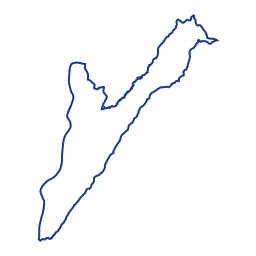 outline of Nariño, Cundinamarca, Colombia
{"feature_id": "7082276B15133732541467", "entity_name": "Nariño", "entity_type": "district", "adm_level": 2, "iso_a3": "COL", "parent_name": "Colombia", "parent_adm1": "Cundinamarca", "projection": "natural_earth1", "projection_center": [-74.789, 4.405], "detail": "fine", "context": "isolated", "style": "outline", "palette": "blue", "viewbox_px": 256, "rotation_deg": 0, "n_neighbors": 0, "source": "geoboundaries", "source_scale": "gbopen_adm2", "svg_char_len": 5613}
<svg xmlns="http://www.w3.org/2000/svg" viewBox="0 0 256 256"><path d="M193.7,15.4L191.5,16.9L191.2,17.3L191.1,18.0L191.0,19.5L190.6,20.1L190.1,20.5L189.3,20.5L188.3,20.0L187.5,19.9L186.8,20.0L184.4,22.0L183.1,22.8L182.0,22.4L180.4,20.9L179.3,20.5L179.2,20.2L178.6,19.7L177.9,19.6L177.5,19.8L176.6,21.2L176.5,21.5L176.6,23.0L176.9,23.8L176.9,24.6L175.9,26.5L175.8,28.0L173.1,30.6L172.7,31.2L172.5,32.1L172.1,32.8L169.5,34.2L168.8,35.8L168.0,36.7L166.5,37.2L166.1,37.5L164.9,39.8L163.8,41.1L163.1,42.5L161.1,44.2L158.3,47.7L157.9,50.4L158.0,52.8L157.8,54.8L157.4,56.1L156.7,56.8L156.6,57.5L156.3,58.1L155.9,58.2L155.2,58.1L154.4,58.9L153.5,59.4L152.8,60.7L152.8,62.0L151.7,63.6L150.3,64.8L149.4,65.0L149.7,65.6L149.1,65.9L148.6,66.9L148.0,67.6L148.0,70.0L147.6,70.7L147.4,71.4L147.6,72.4L147.2,72.8L146.4,72.9L145.9,73.3L144.7,74.8L144.5,75.0L142.9,75.1L142.1,75.9L141.9,77.4L141.4,77.9L141.1,77.8L141.0,77.1L140.6,77.0L140.4,77.3L140.3,78.2L140.2,78.4L139.7,77.4L139.1,77.4L138.8,78.2L138.6,78.5L138.4,78.4L138.0,77.7L137.5,77.7L137.4,78.2L137.5,79.0L137.3,79.4L136.3,79.8L135.8,80.9L135.4,81.3L135.0,81.5L134.8,82.1L133.6,82.3L132.9,83.2L132.7,83.8L132.8,84.1L133.6,85.3L133.3,85.5L133.1,86.2L132.5,86.3L132.1,86.5L132.1,88.0L131.9,88.6L131.5,88.8L130.7,88.6L130.7,89.0L130.7,89.5L129.8,90.8L129.0,91.0L128.7,91.7L128.5,92.0L128.2,92.0L127.8,91.6L127.3,91.7L127.0,92.1L127.2,92.8L126.1,93.5L126.1,94.5L125.8,94.7L125.2,94.5L124.8,94.6L124.7,95.0L125.0,95.4L125.0,95.7L124.8,96.2L124.7,97.3L124.3,97.9L123.9,97.9L123.2,97.4L122.5,97.6L122.1,98.3L121.5,98.5L121.3,98.7L120.4,100.3L120.2,100.3L119.7,99.9L119.4,100.0L118.7,101.5L118.0,101.8L117.7,102.1L117.5,103.7L116.9,103.8L116.6,104.0L116.6,104.9L115.8,106.1L113.2,106.7L112.6,106.5L112.2,106.0L111.8,106.0L110.4,107.3L110.0,107.9L109.5,107.7L108.9,107.1L108.3,107.7L107.9,108.0L107.0,108.0L106.5,108.2L105.8,108.3L105.3,108.1L104.7,107.5L104.5,108.3L104.4,108.5L102.1,109.4L101.8,109.4L102.0,108.4L102.0,107.3L102.6,106.6L102.7,105.8L103.3,104.5L103.4,103.7L103.7,103.0L104.6,102.1L105.4,100.0L106.2,99.1L106.9,96.4L103.8,92.6L103.5,91.4L103.4,90.4L103.9,87.9L103.9,87.1L103.3,86.9L101.5,87.2L100.0,87.8L99.2,87.6L98.5,88.1L97.8,89.1L97.4,89.3L96.3,89.1L94.2,88.3L94.0,87.5L94.1,87.0L94.6,86.1L94.5,84.4L92.7,83.1L90.8,81.0L88.9,79.8L87.9,79.7L87.8,79.0L88.1,77.5L88.0,76.5L88.2,76.0L88.1,75.0L87.8,73.6L87.0,71.8L85.3,69.2L85.0,68.6L84.9,67.0L85.2,64.0L83.2,63.8L80.9,63.2L76.8,62.5L74.8,62.8L72.9,63.3L71.8,63.7L71.5,64.1L69.9,67.1L69.0,77.5L68.9,82.3L69.6,85.2L69.7,86.3L71.3,92.3L72.3,93.3L72.8,94.4L73.3,96.3L73.3,98.1L73.2,99.1L70.9,105.8L68.0,112.1L67.2,115.7L67.2,117.0L67.8,118.1L69.0,119.8L70.2,122.2L70.7,124.9L70.5,127.3L69.0,130.1L65.8,134.5L64.5,137.3L63.6,140.2L63.2,143.0L62.3,151.6L62.0,156.3L62.0,160.4L61.7,163.5L60.4,168.7L59.4,170.8L55.8,175.5L53.8,177.2L52.4,178.2L50.4,179.1L47.1,181.1L43.1,185.3L41.8,187.2L40.8,189.2L40.4,191.6L41.1,194.1L44.2,201.1L44.2,203.2L43.5,209.5L42.8,213.0L41.6,216.8L39.7,224.7L39.2,227.8L39.3,231.3L39.2,237.1L38.8,239.4L40.4,240.6L40.8,240.6L41.7,239.4L43.0,239.0L44.2,239.5L44.8,239.5L45.3,239.3L46.1,238.3L46.7,237.9L47.7,238.1L48.5,238.0L49.4,238.9L50.6,238.5L51.4,238.5L51.9,237.2L53.0,236.5L53.4,235.3L53.7,234.8L54.4,234.7L55.7,232.9L55.9,232.4L56.3,232.0L57.5,231.5L58.1,231.0L58.3,230.3L59.0,229.8L59.2,228.9L60.0,228.3L60.2,227.3L60.9,226.4L61.6,224.5L62.5,223.8L63.3,223.1L64.2,221.8L64.7,220.7L65.8,219.4L65.8,218.5L66.3,217.4L67.1,215.8L68.0,214.7L69.0,212.4L71.4,209.6L73.7,206.3L74.0,205.6L76.7,202.8L77.2,202.1L77.5,201.5L78.4,200.9L78.8,200.2L80.3,197.9L85.0,193.1L85.6,191.9L86.1,190.2L87.0,189.3L88.1,188.7L89.3,188.8L89.9,188.5L90.4,187.9L91.2,186.4L91.2,185.5L91.6,184.6L92.7,183.6L93.4,182.4L94.0,180.6L94.1,177.7L95.4,176.5L99.3,174.9L100.7,173.2L102.3,172.2L103.6,170.3L104.2,169.1L104.8,167.9L105.3,164.1L105.9,162.8L106.6,162.2L106.6,161.6L106.9,160.8L109.2,157.1L109.7,155.8L111.3,154.2L113.4,153.1L113.3,151.6L114.5,148.7L117.4,144.0L119.4,141.4L120.1,139.8L120.9,136.9L121.8,135.0L122.3,134.5L123.8,133.5L124.3,132.8L127.9,129.7L128.6,126.7L128.8,125.5L130.7,123.8L132.2,122.7L133.0,121.6L134.2,118.6L134.5,118.2L136.6,117.0L137.1,115.6L137.5,114.9L137.9,113.8L138.6,112.7L138.7,110.9L140.2,108.0L141.3,106.8L142.5,106.3L143.4,105.5L144.4,104.5L146.1,101.9L146.8,100.5L146.8,99.9L147.0,99.4L148.2,98.9L148.8,98.8L149.3,98.3L149.5,97.3L149.7,95.8L150.1,94.9L150.9,93.7L152.0,92.8L154.7,91.3L158.1,88.8L160.8,87.3L162.9,87.3L166.3,86.8L167.3,86.8L168.8,87.3L169.1,87.1L170.8,85.7L171.8,84.0L172.1,83.7L172.8,83.6L173.8,82.9L174.5,82.8L175.2,82.5L175.7,81.4L176.2,81.2L178.1,80.7L178.8,81.0L178.8,79.9L179.0,79.3L179.2,78.1L181.8,75.9L182.8,75.6L183.6,75.5L183.8,75.3L183.8,73.9L183.4,71.9L184.5,70.2L185.5,69.8L185.8,69.8L186.6,68.8L187.7,66.2L187.7,65.3L188.7,61.7L189.3,60.1L190.0,56.6L189.8,55.5L189.6,52.5L189.6,51.8L189.9,50.7L190.6,49.8L191.5,49.1L191.9,48.8L193.0,48.4L194.3,47.2L194.4,46.9L195.8,45.1L196.2,44.2L196.7,43.5L196.9,43.1L198.0,42.4L198.1,41.8L198.0,40.6L198.1,40.3L198.7,39.9L200.0,41.5L200.5,41.8L200.8,41.8L201.2,41.3L203.0,41.0L206.0,41.4L207.5,42.2L208.8,43.5L209.9,43.8L210.3,43.8L210.9,43.4L212.1,42.4L214.0,41.3L215.8,40.5L216.7,40.6L217.2,40.4L216.3,39.8L213.5,38.8L210.0,38.6L209.0,38.4L208.2,38.3L207.4,38.0L207.1,37.3L207.0,35.4L206.0,34.3L206.1,33.7L205.8,32.6L202.9,28.9L201.9,27.1L201.1,26.4L200.5,25.5L200.1,25.2L198.8,25.2L197.8,25.5L196.5,24.8L196.4,24.5L196.3,23.9L195.5,22.3L195.5,21.7L195.7,21.0L195.6,20.2L195.1,19.3L194.1,18.4L194.0,18.0L194.3,17.2L194.1,16.9L193.9,15.5L193.7,15.4Z" fill="none" stroke="#1e3a8a" stroke-width="2"/></svg>